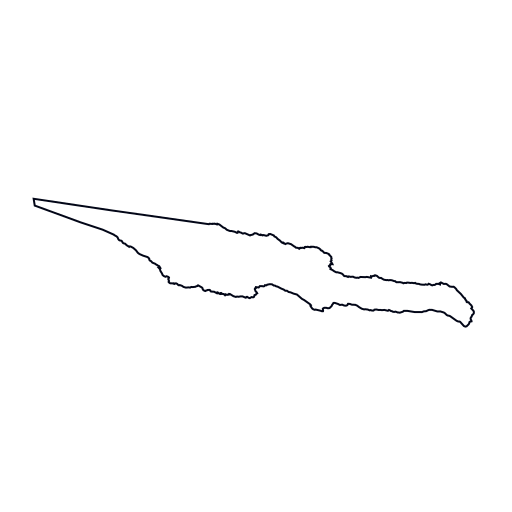 outline of Hrunamannahreppur, Suðurland, Iceland, rotated 220°
{"feature_id": "244011B85072287894251", "entity_name": "Hrunamannahreppur", "entity_type": "district", "adm_level": 2, "iso_a3": "ISL", "parent_name": "Iceland", "parent_adm1": "Suðurland", "projection": "equal_earth", "projection_center": [-19.797, 64.432], "detail": "fine", "context": "isolated", "style": "outline", "palette": "ink", "viewbox_px": 512, "rotation_deg": 220, "n_neighbors": 0, "source": "geoboundaries", "source_scale": "gbopen_adm2", "svg_char_len": 6086}
<svg xmlns="http://www.w3.org/2000/svg" viewBox="0 0 512 512"><g transform="rotate(220 256 256)"><path d="M54.9,353.9L57.4,354.2L57.4,355.6L57.6,355.9L59.3,356.6L61.9,356.8L63.2,357.2L63.8,357.0L64.5,356.3L65.0,356.2L65.5,356.4L66.0,357.0L67.8,357.2L68.6,357.9L70.1,357.7L74.6,358.6L80.2,358.9L81.4,359.4L83.5,359.6L84.8,359.5L86.2,358.3L88.1,357.1L91.9,357.0L92.7,356.7L94.2,355.3L97.4,354.6L97.8,353.3L97.0,353.0L96.7,352.5L98.4,351.9L100.1,350.4L100.2,349.5L100.6,348.6L101.6,347.8L102.0,346.9L102.8,346.5L104.5,346.2L105.9,345.7L105.9,344.8L106.3,344.1L108.0,343.2L108.3,342.4L110.5,340.7L112.1,339.7L113.2,339.4L114.8,338.2L116.0,337.7L116.8,337.7L117.4,336.8L119.3,335.7L120.5,334.5L121.9,333.7L123.2,332.7L123.4,332.4L123.5,331.9L124.8,331.0L125.6,329.8L126.3,329.8L128.8,328.6L131.4,326.3L132.1,326.1L133.1,326.2L134.0,325.6L136.4,324.7L138.0,323.6L138.7,322.7L140.0,322.0L140.5,321.4L142.7,320.1L144.1,319.8L146.1,319.6L147.0,318.8L148.0,318.4L150.6,318.5L152.2,317.9L152.7,317.4L152.5,316.9L153.5,316.0L154.0,314.9L154.9,314.5L154.0,313.3L157.7,311.2L158.7,310.0L162.5,307.1L163.4,305.1L164.4,304.6L165.1,303.8L166.7,302.9L168.4,302.5L170.3,300.7L171.7,300.1L172.3,299.5L172.1,299.1L172.7,298.8L173.7,298.7L175.4,297.4L176.1,297.4L177.4,297.7L178.8,297.7L180.3,297.2L183.3,295.8L184.0,295.1L186.2,294.6L188.5,294.4L190.6,293.8L190.9,294.3L190.7,294.6L191.0,294.8L191.9,295.1L193.3,295.0L193.7,295.2L193.6,295.9L193.2,296.7L193.8,297.3L193.7,297.9L192.2,298.9L192.8,299.2L195.2,299.9L195.1,300.1L195.4,300.8L195.3,301.2L196.2,301.8L196.6,302.4L196.6,302.8L197.5,303.3L197.8,303.7L200.0,303.9L200.7,304.2L201.1,304.0L201.6,304.3L204.1,303.5L205.7,302.3L208.6,302.6L209.2,302.2L210.2,302.1L210.7,302.4L212.5,302.4L215.1,301.7L216.2,300.8L217.6,300.2L219.8,298.5L219.7,298.1L220.1,297.9L220.2,297.5L222.5,296.2L222.8,295.6L224.1,294.7L224.4,294.2L224.0,293.4L224.0,293.1L225.6,292.3L226.6,291.2L227.1,291.0L227.4,290.6L227.2,290.4L227.6,289.9L227.6,289.3L229.0,289.2L230.9,288.0L232.3,288.1L232.8,287.9L236.7,287.6L239.8,286.3L241.0,284.6L241.2,284.0L242.4,283.8L243.6,283.9L243.8,283.8L243.5,283.3L245.0,282.9L247.5,283.2L250.5,283.0L252.5,283.3L254.6,282.8L255.5,283.2L259.3,282.0L260.3,280.9L259.9,279.9L261.1,278.1L263.7,276.9L264.4,276.3L264.3,276.0L264.7,275.8L266.2,275.5L266.3,275.3L266.2,274.8L266.7,274.5L267.7,274.1L270.0,273.7L271.7,272.6L271.9,271.8L272.1,271.4L272.0,270.9L272.8,269.5L273.6,268.6L273.8,267.9L279.0,266.4L279.8,265.8L280.1,265.1L280.7,264.6L282.5,264.3L283.4,263.8L285.3,263.5L285.5,263.3L285.3,262.9L285.5,262.3L285.1,261.9L285.4,261.5L287.9,260.9L291.0,259.3L291.7,258.6L292.5,258.2L295.3,257.3L297.0,257.4L298.0,257.3L299.2,256.8L304.2,256.6L306.2,255.9L305.9,255.4L306.0,255.2L308.5,254.2L308.8,253.6L309.8,253.1L309.9,252.6L312.4,250.8L312.5,250.1L396.1,198.0L463.1,156.9L457.9,152.4L412.3,168.9L390.4,177.6L378.5,181.0L378.0,180.9L375.5,181.4L374.0,181.3L372.3,180.4L371.1,180.2L370.5,180.3L369.1,181.1L368.4,181.2L366.5,180.5L365.6,180.6L364.1,181.3L362.1,181.1L359.3,181.5L359.1,181.5L359.1,182.0L358.1,182.7L355.2,183.3L351.6,183.2L348.6,182.5L346.6,182.6L342.7,183.7L338.3,185.5L336.2,185.4L335.4,184.6L334.5,184.3L333.0,184.6L331.1,184.3L328.4,185.2L326.8,185.3L325.6,185.6L324.6,185.6L323.6,186.0L321.5,185.3L321.6,185.1L322.6,184.4L321.2,184.2L319.6,183.1L316.8,182.2L315.3,181.4L313.7,181.4L312.0,181.9L311.5,183.0L309.8,183.6L308.8,183.6L308.6,183.3L308.6,182.6L308.3,182.3L308.3,181.9L306.5,180.9L306.4,180.1L306.2,179.9L304.9,179.8L304.1,180.0L302.5,181.3L300.9,182.0L301.1,182.4L300.3,182.7L299.8,183.6L298.4,184.0L297.1,183.8L296.4,183.9L296.0,184.2L295.9,184.6L295.1,185.0L293.4,185.6L291.7,185.7L289.4,186.7L287.4,188.7L286.2,189.4L285.7,190.7L284.5,191.5L282.6,193.5L282.3,194.4L281.6,195.3L281.7,196.0L281.5,196.3L277.3,197.1L276.4,197.0L275.6,196.4L274.3,196.0L272.7,196.4L272.3,196.6L272.0,197.6L271.6,197.9L271.3,198.8L269.9,200.1L269.1,200.3L268.1,199.8L267.6,199.9L265.1,201.7L261.7,202.4L261.6,202.6L262.1,203.4L261.9,203.5L260.2,203.5L259.0,203.8L258.5,204.3L259.2,205.0L258.9,205.3L257.4,205.3L256.3,206.1L254.4,206.0L254.3,206.5L254.6,207.1L253.2,207.6L253.1,208.0L252.0,208.9L252.3,209.6L251.6,210.1L247.5,210.7L245.1,211.7L244.5,212.7L243.1,213.6L241.9,215.1L240.3,216.4L237.1,217.4L236.9,217.7L237.0,218.5L236.6,219.0L234.9,219.2L233.7,219.7L233.0,221.7L231.7,222.4L231.3,223.3L231.3,223.6L232.0,225.1L231.3,226.1L231.4,227.4L231.1,228.2L232.1,228.6L233.6,228.7L235.7,229.9L235.9,230.6L235.5,231.2L236.0,231.8L236.1,232.1L233.7,233.6L233.7,235.4L231.9,236.9L230.9,237.4L230.2,238.3L230.4,239.4L229.1,240.3L229.0,241.2L227.3,243.3L225.5,244.6L223.4,244.8L222.5,245.5L221.1,245.7L219.8,246.4L215.6,247.3L213.2,248.1L211.3,248.2L209.9,249.3L207.9,249.4L206.1,250.4L203.1,251.3L199.9,252.8L193.2,252.7L190.9,253.2L183.5,253.8L182.3,253.6L182.4,252.9L182.1,252.7L179.2,251.9L177.8,252.0L176.3,252.6L175.9,253.3L171.5,255.5L169.9,256.1L169.2,256.8L169.4,257.2L170.9,258.5L170.9,259.1L170.4,260.2L169.0,261.4L167.3,262.2L166.2,263.4L165.9,266.2L166.3,267.6L166.3,269.3L166.5,269.7L166.2,270.2L165.3,270.8L162.3,272.0L160.3,272.4L158.7,274.1L156.7,274.7L155.6,275.4L155.1,275.8L154.5,276.9L154.5,277.6L154.8,278.5L154.5,278.8L153.1,279.7L151.3,280.3L148.6,282.4L146.6,283.0L144.2,283.1L141.1,283.6L138.8,284.6L138.3,285.3L136.0,286.8L133.9,287.5L133.4,288.3L132.4,288.6L131.1,289.5L130.8,290.2L130.8,291.0L129.4,292.4L127.3,293.5L126.1,294.6L124.7,295.5L123.0,297.2L119.8,298.8L119.6,299.1L119.5,300.1L118.8,300.4L117.3,300.6L116.1,301.2L115.3,301.3L114.2,302.0L113.3,303.1L111.0,303.9L110.6,304.3L109.4,305.0L107.7,307.7L107.5,309.0L104.9,311.2L98.5,315.0L92.8,319.7L91.9,321.4L90.2,323.1L89.2,325.3L88.6,326.2L86.5,327.9L81.4,330.1L79.2,332.0L75.9,333.4L74.8,333.6L71.9,333.4L70.7,333.7L69.8,334.3L68.6,334.7L60.7,335.3L59.0,335.8L58.0,336.6L57.3,336.8L51.7,336.0L50.2,336.5L49.5,337.5L49.2,340.5L49.4,341.4L50.0,342.6L50.0,343.0L48.9,344.5L49.2,344.8L50.9,345.6L51.4,346.0L51.9,347.0L51.8,348.0L52.5,349.8L52.2,350.7L52.3,351.9L52.5,352.4L53.6,353.6L54.9,353.9Z" fill="none" stroke="#020617" stroke-width="2"/></g></svg>